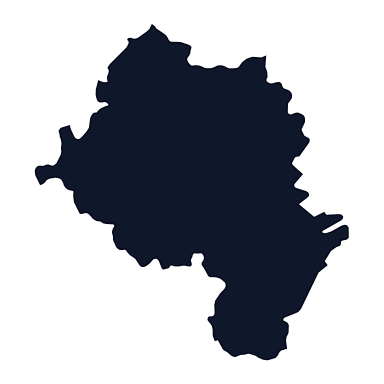 Teruel, Mercator projection, rotated 91°
{"feature_id": "ESP-5847", "entity_name": "Teruel", "entity_type": "Autonomous Community", "adm_level": 1, "iso_a3": "ESP", "parent_name": "Spain", "parent_adm1": "", "projection": "mercator", "projection_center": [-0.788, 40.603], "detail": "fine", "context": "isolated", "style": "filled", "palette": "ink", "viewbox_px": 384, "rotation_deg": 91, "n_neighbors": 0, "source": "natural_earth", "source_scale": "10m", "svg_char_len": 5056}
<svg xmlns="http://www.w3.org/2000/svg" viewBox="0 0 384 384"><g transform="rotate(91 192 192)"><path d="M130.8,324.0L128.1,315.9L131.8,314.9L139.3,311.1L140.5,310.1L141.4,308.9L141.9,307.5L141.7,306.0L141.2,304.6L139.1,302.3L133.9,298.0L129.9,295.5L119.8,294.3L116.7,292.8L115.5,291.6L115.0,290.3L115.0,289.2L114.8,288.2L114.1,287.6L112.9,286.9L111.8,285.8L110.8,284.5L110.0,283.2L108.7,280.3L107.7,277.5L107.2,276.5L106.2,276.1L104.0,277.8L103.1,279.4L102.8,281.2L103.4,284.3L103.2,285.8L102.4,287.3L99.4,288.6L96.1,289.3L91.2,289.2L82.8,287.2L83.6,285.3L84.4,282.7L84.5,281.2L84.5,279.7L84.2,278.4L83.4,277.5L79.4,278.3L77.6,278.0L75.4,277.1L73.1,276.6L71.5,276.6L69.3,277.8L68.0,277.2L65.9,275.7L49.2,259.6L45.2,257.4L42.9,257.1L41.5,257.9L40.8,258.6L39.9,258.2L39.6,255.6L40.4,253.9L40.5,251.6L39.6,248.7L33.1,239.8L30.3,236.9L25.8,234.8L27.7,232.2L28.7,231.9L29.8,230.9L35.0,222.9L36.3,221.2L37.8,220.1L40.7,218.5L42.0,217.5L42.9,215.8L42.9,208.4L43.1,205.6L45.6,197.9L46.4,196.6L47.5,195.8L51.5,196.8L52.9,196.8L55.6,198.0L56.8,199.0L58.1,199.7L59.4,199.9L60.9,199.7L63.5,198.1L64.8,197.1L65.8,195.8L66.5,194.6L65.9,190.6L66.0,188.2L66.9,184.9L68.2,182.1L68.7,180.4L68.7,176.0L68.3,173.9L67.2,171.1L66.2,169.3L65.6,167.4L65.6,165.3L65.8,163.5L66.5,161.7L68.0,158.6L68.5,156.6L68.3,151.6L68.0,149.7L67.5,148.1L66.1,146.5L62.0,143.7L59.8,141.1L58.6,139.5L57.4,136.7L56.5,133.6L56.9,126.8L57.1,125.0L55.3,121.0L65.7,121.6L70.4,119.7L75.5,119.2L78.5,120.5L80.2,120.1L81.7,118.4L82.7,116.1L82.8,113.7L81.5,109.2L81.2,106.9L82.1,105.2L85.8,103.8L86.9,103.0L87.8,101.5L89.0,97.9L89.9,96.4L91.5,95.1L93.3,94.4L95.2,94.4L97.0,95.0L101.7,98.3L111.0,98.4L112.9,97.0L113.6,94.8L113.0,92.7L112.1,90.7L111.5,88.6L111.6,87.1L113.5,82.9L114.7,81.7L116.4,81.1L119.9,81.0L127.2,84.2L128.7,84.1L134.4,81.1L136.4,77.1L137.0,76.4L137.9,75.9L140.1,76.3L153.8,85.7L154.1,88.0L154.6,89.5L155.6,90.5L161.1,93.2L162.5,93.1L163.6,92.5L172.3,82.4L181.8,90.3L183.3,90.8L185.4,90.2L186.8,88.4L189.9,77.9L191.5,75.9L193.3,75.6L195.0,77.0L202.3,86.2L215.6,69.5L210.5,59.7L213.2,57.6L212.3,44.6L212.7,42.4L214.1,41.2L215.6,41.4L217.0,42.5L227.9,60.9L229.2,62.0L230.4,61.9L231.5,59.9L231.7,58.5L231.6,57.2L229.6,51.6L223.7,41.5L222.9,39.0L223.2,36.9L225.1,35.5L234.2,35.2L235.4,35.7L236.3,37.1L237.2,40.9L237.7,42.0L238.6,42.8L241.6,43.0L242.6,43.7L244.1,47.3L248.0,52.5L258.9,59.0L262.7,56.1L269.8,64.6L306.6,81.6L309.6,84.2L315.7,98.4L318.6,99.6L319.4,98.9L321.0,95.6L321.6,94.9L322.2,94.3L323.8,93.6L331.2,93.8L335.1,95.7L338.8,96.2L346.6,95.0L348.4,100.8L350.9,102.8L353.2,103.8L355.8,105.9L358.2,113.5L357.6,118.4L356.7,119.9L356.1,121.9L354.2,124.8L353.6,126.2L353.3,127.7L352.7,129.4L352.2,131.1L351.9,133.2L352.9,136.3L353.1,138.0L353.2,140.1L353.8,141.9L355.4,145.6L355.3,147.3L354.7,148.8L353.9,150.1L350.8,153.7L349.4,156.5L348.4,157.7L339.7,162.8L338.9,163.6L339.8,166.2L335.3,168.0L329.3,168.2L327.1,168.6L325.3,169.2L323.9,170.0L322.5,171.1L321.2,172.3L319.5,173.5L318.1,173.4L317.0,172.8L316.7,171.5L316.8,170.0L316.3,168.5L315.2,167.2L312.6,166.5L304.7,167.0L300.5,166.2L293.3,161.5L290.9,159.4L289.8,158.2L288.2,157.0L286.1,156.0L283.2,156.1L281.5,156.8L278.5,160.5L277.6,161.8L276.9,163.2L276.2,166.3L276.0,169.4L276.1,171.0L276.0,172.5L275.2,173.8L267.2,178.3L265.9,179.4L264.1,180.4L262.7,180.4L260.1,178.6L257.5,178.1L255.6,178.6L253.9,179.5L252.5,181.0L252.3,182.6L252.6,184.0L252.7,185.6L252.5,188.5L253.0,189.8L254.1,190.5L255.5,191.1L256.9,191.3L258.0,192.0L259.4,192.5L260.8,192.7L263.5,191.8L264.7,191.7L265.7,192.4L265.6,195.2L265.2,196.9L265.0,198.4L265.3,201.4L265.7,202.8L265.9,204.3L265.9,207.3L265.7,208.8L265.2,210.2L265.1,211.6L265.3,212.8L267.7,214.2L267.9,214.5L268.6,217.0L269.1,218.3L269.2,219.5L268.4,220.3L261.0,223.4L259.4,224.8L258.5,226.4L258.7,227.9L259.2,229.5L260.1,230.7L262.6,232.6L263.6,233.6L265.6,236.0L266.5,237.5L267.1,239.1L266.9,241.1L266.0,242.4L259.8,246.6L258.3,248.3L255.7,252.4L253.8,254.3L250.4,257.0L250.1,258.3L250.4,259.8L250.5,261.4L250.3,263.5L249.3,265.0L248.0,266.2L242.2,269.0L240.8,269.4L237.8,269.5L236.3,269.8L235.0,270.3L233.8,270.5L232.9,270.5L230.5,269.9L229.1,269.0L227.6,268.4L226.1,268.5L225.2,269.5L224.9,270.9L224.9,273.9L224.7,275.3L224.8,276.8L224.2,279.9L223.1,281.7L222.3,283.2L222.0,286.5L221.2,288.2L219.9,290.3L217.8,292.0L215.1,294.7L214.4,296.1L214.1,297.7L214.4,299.3L215.2,302.2L215.0,303.4L204.0,309.1L197.9,310.0L195.2,309.9L194.0,309.7L192.8,310.0L192.2,311.1L191.6,314.4L190.9,316.3L189.5,318.0L189.1,318.3L187.0,319.7L185.3,320.1L181.7,322.1L180.6,323.5L179.9,324.9L179.4,328.1L179.3,329.5L179.8,330.7L179.8,332.0L180.4,334.9L181.8,337.6L182.8,338.6L184.1,339.4L185.9,341.5L186.9,343.6L178.1,348.1L176.1,348.6L173.2,348.8L171.6,348.2L170.2,347.3L169.3,346.1L169.1,344.5L169.2,342.9L169.2,341.4L169.0,340.0L168.3,338.8L167.8,337.6L167.8,336.2L168.1,334.8L168.7,333.4L168.9,331.8L168.3,330.1L166.0,327.4L158.2,323.6L155.6,322.9L153.8,322.6L151.0,323.0L145.4,322.6L141.4,323.4L138.5,324.5L137.0,324.6L133.3,325.7L130.8,324.0Z" fill="#0f172a" stroke="#020617" stroke-width="1.5"/></g></svg>